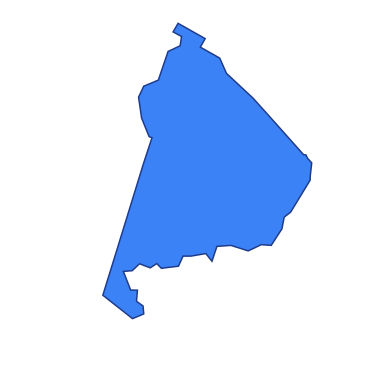 outline of Ascension, Louisiana, United States of America, rotated 120°
{"feature_id": "52423323B72643453207653", "entity_name": "Ascension", "entity_type": "district", "adm_level": 2, "iso_a3": "USA", "parent_name": "United States of America", "parent_adm1": "Louisiana", "projection": "mercator", "projection_center": [-90.876, 30.204], "detail": "fine", "context": "isolated", "style": "filled", "palette": "blue", "viewbox_px": 384, "rotation_deg": 120, "n_neighbors": 0, "source": "geoboundaries", "source_scale": "gbopen_adm2", "svg_char_len": 778}
<svg xmlns="http://www.w3.org/2000/svg" viewBox="0 0 384 384"><g transform="rotate(120 192 192)"><path d="M326.0,217.6L331.4,180.2L321.7,172.8L315.2,177.4L314.4,185.4L304.3,190.2L307.6,196.1L295.1,211.7L290.0,204.4L280.4,201.6L278.6,190.3L271.6,186.7L273.4,180.4L263.0,166.6L252.0,167.7L248.0,160.8L238.4,149.2L242.0,140.1L226.6,143.2L218.8,131.6L214.9,113.9L203.0,105.7L198.6,96.7L179.0,95.7L167.6,99.6L160.1,96.5L122.6,95.6L119.4,97.4L106.9,102.9L105.1,108.6L102.9,111.9L103.9,114.0L88.9,159.4L80.3,185.8L72.0,221.5L62.2,234.9L62.4,257.2L52.6,257.3L52.9,288.4L62.8,288.4L62.6,278.8L71.3,275.4L82.2,283.0L111.9,277.1L124.5,286.7L136.6,285.7L153.2,272.6L165.5,256.8L165.0,253.8L192.2,248.1L287.2,226.4L326.0,217.6Z" fill="#3b82f6" stroke="#1e3a8a" stroke-width="1.5"/></g></svg>